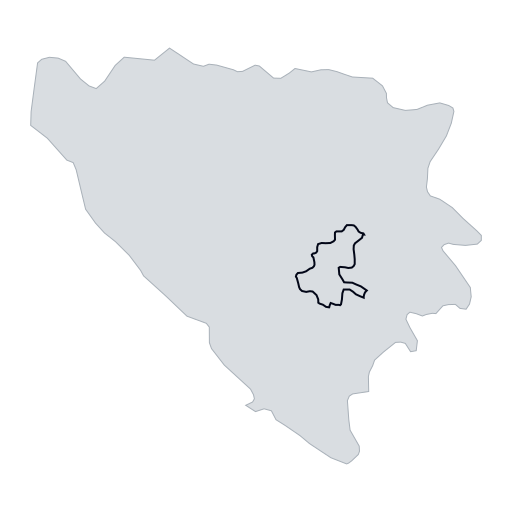 Sarajevo on a map of Bosnia and Herzegovina (Equal Earth projection)
{"feature_id": "BIH-2890", "entity_name": "Sarajevo", "entity_type": "Canton", "adm_level": 1, "iso_a3": "BIH", "parent_name": "Bosnia and Herzegovina", "parent_adm1": "", "projection": "equal_earth", "projection_center": [18.322, 43.843], "detail": "fine", "context": "in_parent", "style": "outline", "palette": "ink", "viewbox_px": 512, "rotation_deg": 0, "n_neighbors": 0, "source": "natural_earth", "source_scale": "10m", "svg_char_len": 3254}
<svg xmlns="http://www.w3.org/2000/svg" viewBox="0 0 512 512"><path d="M452.9,108.0L453.9,111.4L451.3,123.2L446.4,135.9L438.5,149.2L430.1,161.7L427.9,168.3L427.4,178.8L426.4,187.1L427.5,191.7L430.3,195.9L439.7,199.2L452.3,207.6L463.1,218.5L476.9,230.9L481.3,235.4L481.3,240.4L477.3,244.1L465.5,245.4L453.3,244.4L448.6,243.1L444.2,244.6L441.5,247.4L443.0,250.8L455.6,265.8L470.3,287.5L471.2,296.8L469.5,304.1L466.1,309.2L460.0,308.4L455.4,304.4L448.4,304.6L442.9,305.8L435.9,313.6L432.3,313.3L426.2,314.5L422.4,316.0L416.3,313.7L409.9,312.2L407.1,314.6L405.9,319.2L409.9,327.6L417.4,340.7L416.2,350.7L410.6,351.7L405.3,343.4L400.7,342.1L395.5,342.4L383.5,352.0L374.6,360.1L372.6,365.8L369.4,372.0L368.4,376.5L368.7,391.5L352.7,393.9L349.3,396.1L347.4,400.6L348.8,419.8L350.1,430.2L359.2,446.1L359.5,451.2L358.3,454.5L351.7,460.8L348.6,463.1L346.6,463.9L335.9,459.7L330.8,457.7L309.5,443.6L300.1,435.7L285.2,425.5L276.0,419.7L271.4,410.8L264.1,408.8L255.5,411.6L245.7,405.3L252.6,402.0L254.4,398.8L253.5,394.7L250.5,389.1L224.3,365.1L211.5,348.6L209.4,342.7L209.3,327.1L206.3,323.3L187.0,316.2L165.6,295.8L143.6,275.9L140.6,270.4L129.3,255.4L115.5,241.7L104.5,233.0L95.5,223.1L85.6,209.2L80.6,188.4L76.2,169.8L73.2,162.6L66.8,160.1L47.3,138.2L30.7,125.4L31.1,111.7L34.1,88.8L37.6,62.9L41.7,59.3L49.4,57.3L58.1,58.1L65.6,61.3L80.5,79.0L89.0,85.9L96.2,88.6L104.7,81.1L115.2,65.4L124.2,57.2L154.5,60.2L169.5,48.1L193.5,64.0L203.4,66.3L209.0,64.2L216.7,65.1L233.5,69.8L237.4,71.7L242.5,71.4L255.1,65.2L259.3,66.0L273.6,78.1L280.8,78.3L289.4,73.0L295.0,68.5L311.4,71.9L320.9,69.8L328.7,69.6L337.1,71.7L344.9,74.5L352.4,77.0L372.7,78.2L382.5,85.9L386.4,93.4L386.5,97.9L387.5,102.8L393.1,107.6L405.3,110.4L413.0,109.8L417.1,109.4L427.5,105.2L439.8,102.9L448.7,105.5L452.9,108.0Z" fill="#d9dde1" stroke="#a8b0b8" stroke-width="1"/><path d="M364.1,234.6L362.9,234.6L362.0,237.8L358.5,240.6L355.0,243.3L353.8,245.5L353.6,249.2L354.3,254.6L354.7,259.2L354.7,264.1L353.7,266.0L351.8,267.6L348.3,268.0L345.1,267.3L340.2,266.9L338.7,267.8L339.0,270.9L339.3,274.4L342.6,279.6L344.1,282.3L347.3,282.5L352.3,282.7L356.0,284.4L360.9,286.4L366.8,290.5L366.4,290.9L365.0,292.4L364.1,294.6L363.7,296.4L363.7,297.7L359.8,296.1L355.9,294.3L353.0,291.7L349.6,289.5L347.3,289.5L343.7,289.5L342.4,293.2L341.9,299.6L341.0,304.3L340.1,305.2L339.0,304.9L335.7,304.9L333.0,303.8L330.7,303.0L329.7,305.3L329.2,307.3L328.8,307.3L327.5,307.1L326.3,306.9L325.9,306.8L325.5,306.5L322.9,304.7L319.6,303.6L318.3,302.7L318.3,301.6L318.2,299.3L316.5,295.1L313.5,292.3L312.6,291.5L312.4,291.5L309.9,291.2L307.2,291.7L306.4,291.9L305.7,291.8L302.0,291.0L300.0,289.1L299.1,287.1L298.2,283.1L298.1,282.8L298.0,282.4L296.8,278.0L295.9,276.6L296.4,274.7L297.9,273.0L302.4,272.6L306.1,271.3L309.8,268.7L312.4,267.8L313.9,266.3L314.5,264.8L314.4,262.2L313.4,257.4L312.3,256.4L312.1,256.1L311.8,254.7L313.2,253.4L314.5,253.4L316.2,252.6L317.2,251.1L317.2,247.1L318.1,244.1L321.6,243.0L325.6,243.2L330.3,243.0L333.6,241.3L335.0,239.7L334.9,234.7L335.0,232.5L336.4,231.4L339.4,231.4L341.7,231.4L343.7,229.9L345.2,227.1L346.5,225.6L346.9,225.1L349.4,225.1L351.3,225.1L353.8,225.4L355.6,226.9L357.5,229.5L358.6,231.5L360.6,232.8L363.4,233.4L364.1,234.6Z" fill="none" stroke="#020617" stroke-width="2"/></svg>